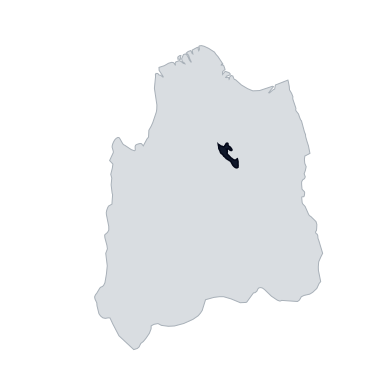 Lokoja, Kogi, Nigeria shown in context, rotated 162°
{"feature_id": "59680162B326996000256", "entity_name": "Lokoja", "entity_type": "district", "adm_level": 2, "iso_a3": "NGA", "parent_name": "Nigeria", "parent_adm1": "Kogi", "projection": "equal_earth", "projection_center": [6.483, 8.245], "detail": "fine", "context": "in_parent", "style": "filled", "palette": "ink", "viewbox_px": 384, "rotation_deg": 162, "n_neighbors": 0, "source": "geoboundaries", "source_scale": "gbopen_adm2", "svg_char_len": 6240}
<svg xmlns="http://www.w3.org/2000/svg" viewBox="0 0 384 384"><g transform="rotate(162 192 192)"><path d="M296.1,60.1L305.9,77.8L308.1,91.0L308.9,97.5L310.5,98.2L313.5,98.6L315.7,99.9L317.1,102.0L317.9,104.1L318.1,105.3L317.5,113.2L316.8,116.0L317.3,119.9L317.2,121.6L316.8,122.7L315.5,124.1L313.7,125.3L309.4,129.1L308.1,129.7L306.3,129.8L304.7,130.7L302.8,132.7L298.8,140.3L295.4,148.0L293.0,160.3L290.0,164.1L289.4,167.6L289.0,175.3L288.5,177.6L288.1,178.3L284.8,179.7L282.9,181.5L281.8,185.0L280.4,196.9L279.9,198.9L278.8,200.9L277.1,203.1L275.7,204.4L271.9,205.2L268.3,214.1L268.3,215.7L266.7,223.8L264.0,230.0L263.8,233.9L260.4,239.3L258.6,243.0L260.4,246.8L260.6,247.4L254.6,253.9L254.3,254.9L254.1,259.4L253.6,260.6L252.5,262.3L250.9,264.1L249.3,265.5L247.4,266.5L245.6,266.8L244.6,266.3L244.1,264.9L243.0,259.4L242.5,258.2L241.4,257.1L236.7,251.1L234.0,249.0L233.4,249.1L232.9,249.7L232.1,252.7L231.3,253.9L229.9,254.3L227.3,254.3L225.5,253.9L225.0,253.3L224.1,250.9L218.4,256.4L216.4,257.6L213.9,264.1L210.3,267.4L207.8,270.2L201.2,279.1L199.9,281.7L198.5,285.6L195.7,302.3L191.1,312.8L190.5,315.0L190.3,314.9L189.7,315.9L187.9,315.3L187.1,313.3L186.0,313.0L184.1,310.2L183.7,310.6L185.7,317.8L184.9,320.7L179.3,320.7L174.5,321.7L171.1,321.6L169.5,320.6L168.7,317.9L168.4,318.1L168.3,319.6L167.2,320.7L163.5,320.9L161.8,319.1L160.5,317.0L159.1,316.1L159.3,317.0L160.9,319.0L160.7,321.9L157.7,325.3L155.8,325.4L154.6,324.0L154.0,321.6L153.7,318.2L152.9,315.9L152.5,315.9L153.0,319.7L153.0,323.2L154.5,325.9L152.3,326.8L149.6,326.9L149.3,325.9L149.0,323.6L148.5,323.0L148.0,326.9L142.5,327.9L141.8,327.8L141.6,327.1L142.0,326.0L141.9,324.3L140.7,325.6L140.5,328.3L139.9,328.7L137.8,328.3L135.5,326.9L131.9,323.6L127.4,318.1L126.7,315.6L125.4,312.6L123.1,304.3L123.5,303.9L124.5,304.4L125.0,303.6L123.2,303.0L122.8,302.4L122.7,300.6L122.7,298.3L125.6,297.1L126.2,295.8L126.6,294.4L123.1,296.5L119.9,294.1L119.2,292.7L119.5,291.6L123.3,291.5L124.6,290.5L123.8,290.1L122.4,290.1L121.8,289.4L121.9,287.7L121.4,288.1L120.8,289.6L118.6,290.7L117.3,289.6L117.2,287.1L116.9,286.0L115.8,285.2L112.0,278.6L107.2,273.1L102.9,269.4L96.4,267.6L82.8,267.7L82.0,267.1L82.9,266.3L84.1,265.7L88.4,262.7L87.7,262.3L83.2,264.2L81.6,264.3L79.6,268.0L66.2,268.8L66.3,267.1L66.9,262.3L67.7,259.0L66.8,255.0L66.6,251.3L67.2,250.2L67.4,248.8L67.3,239.5L68.0,238.1L68.0,237.1L66.6,233.2L66.6,230.1L66.4,227.1L65.9,225.8L66.5,214.4L66.3,211.6L66.8,209.6L67.0,204.7L67.0,199.9L67.9,192.3L73.6,191.3L75.0,188.3L75.9,184.5L75.6,180.8L77.5,177.5L79.7,174.7L79.6,171.5L80.3,170.5L81.3,169.8L82.9,169.4L84.6,167.8L85.5,165.0L86.5,160.6L85.0,157.5L85.0,156.8L85.6,155.2L86.5,153.5L87.2,153.0L88.9,153.4L89.4,152.8L90.5,147.9L90.4,146.6L88.9,143.3L88.0,134.5L87.6,133.3L86.4,131.7L83.2,125.5L83.3,122.5L84.7,118.8L85.5,117.0L86.8,115.9L87.0,115.1L86.7,114.0L86.0,113.2L85.9,111.5L86.5,109.2L86.4,106.6L86.7,93.3L89.3,90.7L93.1,86.4L95.0,81.8L96.0,78.4L97.3,67.0L99.3,65.8L103.1,61.7L108.2,59.3L111.6,58.5L117.4,59.0L120.4,58.6L122.9,56.3L124.0,55.7L125.6,55.3L140.2,61.2L141.5,61.0L142.6,61.4L144.4,62.9L148.7,68.4L153.2,76.9L154.6,78.8L156.0,79.8L157.4,80.1L158.5,80.0L159.5,79.2L161.0,77.6L163.1,76.8L164.8,77.0L173.9,70.4L174.8,70.3L180.3,71.8L187.9,78.3L194.2,82.6L198.5,84.0L203.7,85.0L212.4,85.4L218.9,76.2L221.4,74.2L224.3,72.4L230.4,70.6L240.5,69.5L250.1,70.0L256.0,71.6L262.3,74.6L265.0,77.4L269.2,77.9L272.2,77.3L273.2,74.5L276.2,70.8L280.7,67.3L284.4,64.9L287.5,63.8L290.2,61.0L292.3,60.1L296.1,60.1ZM163.8,324.7L161.8,325.5L160.4,325.3L162.3,321.5L163.2,322.3L164.4,322.7L163.8,324.7Z" fill="#d9dde1" stroke="#a8b0b8" stroke-width="1"/><path d="M138.6,209.6L139.1,209.5L139.7,209.3L140.0,209.1L140.3,208.9L140.8,209.0L141.0,209.0L141.3,209.1L141.9,209.4L142.6,210.0L142.9,210.4L143.1,210.7L143.5,211.2L143.7,211.5L143.8,211.8L144.0,211.9L144.2,212.2L144.4,212.5L144.5,212.6L144.6,212.8L144.7,213.0L144.8,213.3L144.9,213.6L145.2,214.1L145.4,214.6L145.6,214.9L145.7,215.3L146.0,215.6L146.2,216.0L146.4,216.6L146.5,216.8L146.6,217.1L146.7,217.5L146.6,218.1L146.5,218.3L146.4,218.6L146.2,219.0L145.9,219.5L145.8,220.0L145.7,220.4L145.7,220.8L145.6,221.2L145.8,221.5L146.0,222.0L145.7,221.9L145.4,221.7L145.1,221.6L144.7,221.9L144.4,222.1L144.2,222.0L144.0,221.7L143.8,221.4L143.6,221.2L143.4,221.0L143.2,220.4L142.8,220.0L142.5,219.7L142.3,219.5L141.9,219.3L141.5,219.3L141.3,219.3L141.1,219.5L141.0,219.9L140.9,220.0L141.0,220.7L141.1,220.9L141.2,221.1L141.3,221.2L141.3,221.6L141.4,221.9L141.5,222.3L141.7,222.8L141.9,223.1L142.1,223.2L142.3,223.3L142.4,223.5L142.4,223.8L142.6,223.9L143.0,224.2L143.1,224.6L143.2,225.0L143.1,225.4L143.1,225.7L143.1,226.3L143.1,226.7L142.9,227.0L143.1,227.1L143.3,227.4L143.4,227.6L143.5,227.7L143.9,227.6L144.1,227.6L144.4,227.6L144.7,227.3L144.9,227.2L145.2,227.0L145.4,226.7L145.6,226.3L145.9,226.3L146.3,226.0L146.6,225.8L147.2,225.2L147.4,225.1L147.7,225.0L148.0,225.0L148.3,225.4L149.3,226.2L149.4,226.3L149.6,226.4L149.7,226.5L150.1,226.5L150.4,226.9L150.6,227.1L150.8,227.4L151.1,227.9L151.3,228.3L151.6,228.3L151.9,228.4L152.3,229.3L152.5,228.1L152.5,227.9L152.5,227.7L152.6,227.1L152.8,226.1L153.0,225.5L153.0,224.6L153.0,224.0L152.8,223.5L152.8,223.1L152.7,222.5L152.7,222.3L152.7,221.5L152.7,221.1L152.7,220.9L152.5,220.1L152.4,219.7L151.9,219.1L151.5,218.6L151.4,218.4L151.3,218.1L151.2,217.9L151.0,217.5L150.9,217.0L150.8,216.9L150.8,216.6L150.8,216.4L150.7,216.2L150.4,215.9L150.3,215.7L150.2,215.5L150.1,215.4L149.9,215.0L149.8,214.9L149.6,214.3L149.5,214.1L149.4,213.9L149.2,213.7L149.1,213.4L149.1,213.2L148.9,212.9L148.7,212.9L148.5,212.7L148.4,212.6L148.3,212.4L148.2,212.3L148.1,212.1L148.0,211.8L147.9,211.7L147.7,211.6L147.4,211.5L147.1,210.9L146.9,210.4L146.4,210.0L145.8,209.4L145.7,209.1L145.5,208.1L145.4,207.5L145.3,207.4L145.3,207.1L145.2,206.5L145.2,206.4L145.0,205.6L144.9,205.0L144.8,204.7L144.6,204.2L144.3,203.8L144.3,203.7L144.2,203.3L144.0,203.0L143.8,202.7L143.5,202.3L143.1,201.8L142.9,201.7L142.6,201.4L141.9,201.1L141.4,201.1L141.0,201.2L140.6,201.3L140.1,202.6L139.8,203.3L139.7,204.0L139.5,204.6L139.3,205.2L139.2,205.6L139.0,206.0L138.9,206.3L138.8,206.8L138.7,207.6L138.7,208.4L138.6,209.0L138.6,209.5L138.6,209.6Z" fill="#0f172a" stroke="#020617" stroke-width="1.5"/></g></svg>